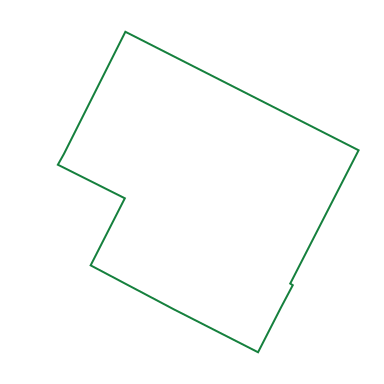 the district of Sawyer, Wisconsin, United States of America, rotated 207°
{"feature_id": "52423323B73952033582421", "entity_name": "Sawyer", "entity_type": "district", "adm_level": 2, "iso_a3": "USA", "parent_name": "United States of America", "parent_adm1": "Wisconsin", "projection": "albers", "projection_center": [-91.112, 45.898], "detail": "fine", "context": "isolated", "style": "outline", "palette": "green", "viewbox_px": 384, "rotation_deg": 207, "n_neighbors": 0, "source": "geoboundaries", "source_scale": "gbopen_adm2", "svg_char_len": 314}
<svg xmlns="http://www.w3.org/2000/svg" viewBox="0 0 384 384"><g transform="rotate(207 192 192)"><path d="M324.1,304.5L323.4,167.8L323.9,155.4L249.0,155.9L249.0,118.2L249.0,80.6L154.6,79.2L60.4,79.2L60.3,129.6L59.9,154.7L62.9,155.0L62.5,304.8L324.1,304.5Z" fill="none" stroke="#15803d" stroke-width="2"/></g></svg>